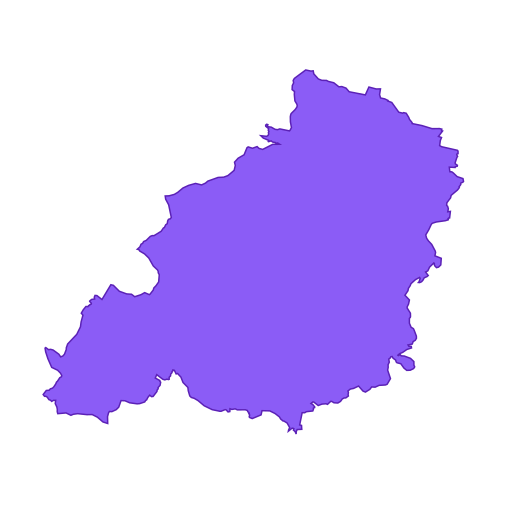 outline of Balan, Salaj, Romania, rotated 11°
{"feature_id": "2599482B44755564495658", "entity_name": "Balan", "entity_type": "district", "adm_level": 2, "iso_a3": "ROU", "parent_name": "Romania", "parent_adm1": "Salaj", "projection": "albers", "projection_center": [23.294, 47.159], "detail": "fine", "context": "isolated", "style": "filled", "palette": "violet", "viewbox_px": 512, "rotation_deg": 11, "n_neighbors": 0, "source": "geoboundaries", "source_scale": "gbopen_adm2", "svg_char_len": 6073}
<svg xmlns="http://www.w3.org/2000/svg" viewBox="0 0 512 512"><g transform="rotate(11 256 256)"><path d="M409.2,356.9L411.4,350.7L407.0,342.9L407.0,340.1L406.4,337.5L407.1,334.8L406.0,331.9L407.1,330.7L407.6,329.2L408.8,328.7L410.1,330.2L412.9,331.5L413.8,333.2L414.8,333.9L418.7,334.1L422.6,337.8L425.8,339.5L429.2,338.7L432.0,336.6L432.8,335.2L432.8,334.2L431.9,333.2L431.1,329.5L427.2,327.0L420.7,325.9L417.6,326.3L416.3,325.2L414.7,326.6L414.2,326.3L415.7,324.4L418.3,322.7L421.9,319.0L426.2,316.6L425.7,315.1L423.3,315.5L422.2,314.3L426.2,312.6L426.6,310.0L428.4,308.4L429.2,306.2L428.7,304.0L425.5,298.8L424.4,297.3L421.8,296.3L419.4,292.7L418.5,288.0L419.2,286.7L419.2,285.8L418.5,282.7L414.3,278.2L414.1,277.0L414.9,274.2L415.0,269.9L409.7,266.1L411.8,261.1L411.8,258.6L413.0,255.8L413.4,253.6L417.1,248.7L420.7,245.8L421.4,246.7L421.0,250.1L420.5,251.0L421.7,250.9L423.4,249.7L424.5,247.9L425.3,245.3L427.8,243.6L428.8,242.3L425.5,239.4L427.5,237.8L428.5,233.8L431.9,228.9L432.5,229.3L432.6,230.3L433.4,231.6L435.4,233.0L437.3,232.1L439.1,229.5L438.3,222.9L431.6,221.7L431.6,218.2L430.9,216.8L426.3,211.1L422.3,208.2L420.1,206.0L418.6,202.9L420.6,197.2L422.0,191.6L422.7,190.3L426.5,188.2L435.2,185.2L437.8,183.8L437.8,183.4L437.3,183.5L437.4,182.7L437.8,182.0L438.8,181.7L438.3,175.1L435.8,176.0L435.8,172.9L434.6,170.6L433.5,170.0L433.2,167.3L435.9,161.8L436.0,159.2L441.1,152.9L442.2,150.9L442.5,149.6L442.2,149.2L443.4,146.8L443.1,146.2L443.3,145.1L444.9,144.2L445.5,143.2L444.4,140.5L438.3,139.7L433.8,136.8L432.1,136.0L430.3,136.3L429.8,135.1L428.8,131.9L434.6,131.1L434.6,130.3L436.4,129.5L436.4,128.5L434.1,127.5L433.7,126.5L434.4,120.8L434.9,119.9L433.7,118.2L433.8,117.5L434.8,117.0L434.3,114.5L433.5,113.8L417.4,113.3L415.2,112.6L414.9,107.5L415.5,104.3L412.3,103.8L415.3,97.7L414.2,97.6L414.2,96.0L411.8,95.9L404.5,97.4L394.0,96.3L384.0,96.2L383.8,95.3L380.6,92.6L379.5,90.8L376.2,87.2L373.5,87.1L372.7,87.8L368.7,87.6L360.0,79.4L355.8,78.7L355.9,78.1L352.4,77.2L348.1,77.1L346.5,74.0L346.3,68.2L342.1,69.1L334.6,68.6L332.6,77.0L316.1,77.0L312.3,74.0L307.9,73.3L305.1,74.1L299.3,71.1L293.7,70.8L291.7,70.2L287.1,71.0L283.4,70.3L278.0,66.2L276.8,63.3L274.7,64.0L269.3,63.9L260.6,73.4L259.7,74.5L259.0,76.6L259.9,78.9L259.1,81.7L259.7,85.8L262.4,87.2L262.8,90.2L264.6,96.3L267.1,99.1L267.8,100.6L267.7,102.1L266.5,104.8L263.3,109.5L263.1,110.8L263.1,112.7L264.2,117.8L266.3,123.2L265.4,126.2L265.0,126.8L255.1,126.7L253.0,127.9L250.5,128.0L246.4,126.6L243.1,126.8L242.4,126.1L242.6,124.8L241.4,124.6L240.5,125.7L240.8,126.8L244.1,128.6L244.0,130.2L244.9,131.3L244.6,132.5L245.2,133.8L244.8,135.4L243.6,136.5L237.8,137.0L240.7,138.9L246.4,140.1L246.2,141.3L246.5,141.4L248.9,140.1L250.6,141.0L253.4,140.9L254.2,141.5L255.7,140.9L257.9,141.8L251.1,143.2L242.2,150.1L238.4,149.8L236.2,148.4L232.0,150.9L227.5,150.4L226.5,151.4L225.0,158.9L219.8,163.4L217.0,168.0L218.4,171.1L218.2,176.1L213.1,182.4L209.2,184.8L203.8,186.1L194.4,191.7L192.5,194.1L189.0,196.6L182.8,196.3L176.4,199.5L171.3,203.2L167.0,208.5L164.1,211.1L159.2,213.5L155.4,214.4L156.5,217.5L160.5,222.4L165.5,234.3L164.8,235.8L163.1,236.7L162.6,238.3L162.7,241.2L161.4,242.6L160.6,245.6L159.8,246.1L158.2,249.8L152.0,255.5L150.2,255.8L148.5,256.9L145.3,261.6L142.9,263.3L142.3,265.2L140.9,266.4L140.3,269.2L138.2,272.0L139.8,272.1L140.9,273.3L146.2,275.2L151.1,278.4L157.1,285.4L162.0,288.5L163.1,290.1L163.2,291.1L164.6,292.8L165.4,300.0L163.6,304.1L161.8,306.9L161.6,309.1L159.3,313.6L158.7,314.3L153.7,313.2L150.5,315.9L144.7,319.1L141.1,317.3L136.3,317.9L128.6,316.7L121.6,312.0L119.0,311.9L113.1,328.1L107.4,325.2L105.5,325.4L105.1,327.3L105.8,329.0L102.9,330.0L101.3,332.0L101.4,332.4L103.4,333.8L103.4,334.7L102.1,335.6L102.0,336.3L101.1,336.6L100.7,337.8L98.7,338.0L96.7,341.7L95.4,345.5L97.4,347.1L96.9,354.1L97.2,359.0L95.0,367.1L87.9,378.3L87.3,382.3L87.6,384.0L86.7,389.0L85.4,391.1L83.5,392.3L81.2,390.0L74.8,387.0L72.2,386.8L70.2,387.5L67.1,386.0L66.5,386.7L67.8,390.2L71.3,396.5L76.7,404.3L83.1,406.0L86.4,408.3L88.1,410.3L88.1,411.6L86.6,412.9L85.0,416.8L84.2,417.9L83.9,419.6L82.5,423.0L81.4,424.6L79.5,425.6L78.6,427.2L75.8,428.0L73.5,432.6L75.2,434.1L76.5,433.8L78.0,434.4L80.1,436.5L81.9,436.8L83.2,437.7L84.6,436.4L86.9,435.9L87.1,439.2L89.3,442.2L90.2,444.4L90.6,446.8L91.5,448.6L99.5,446.3L104.7,447.7L106.9,446.2L111.0,444.8L120.2,444.0L125.5,442.9L131.1,444.5L137.4,448.1L142.4,448.7L140.9,442.0L141.2,438.0L141.8,436.6L144.2,436.3L148.1,433.5L150.1,430.6L151.1,423.7L155.0,423.1L160.0,424.2L167.5,423.8L170.0,423.1L174.6,420.5L175.2,418.9L176.1,418.1L176.8,415.5L178.2,412.9L180.3,414.0L181.8,413.5L184.6,407.9L184.5,406.5L185.3,405.0L185.0,403.8L186.5,401.3L186.5,398.1L185.4,397.2L185.4,396.6L180.4,395.0L181.2,391.4L188.0,394.8L190.1,395.0L192.1,393.9L193.7,394.0L194.3,393.6L193.9,391.6L195.0,390.0L194.8,388.2L195.8,386.5L195.6,385.3L196.2,384.9L196.2,383.7L197.7,383.8L200.1,387.0L201.4,386.3L205.4,389.2L208.5,394.1L214.2,398.0L215.2,401.2L217.7,406.0L219.5,407.2L222.5,407.5L226.7,409.0L233.7,412.9L242.3,415.2L250.1,415.3L251.3,415.1L255.0,412.7L256.0,412.7L258.3,414.4L260.0,413.7L259.6,410.9L261.6,411.2L264.8,410.0L267.0,410.6L274.8,409.0L277.0,409.3L277.7,410.5L278.7,410.9L279.3,411.7L279.0,412.0L280.1,413.3L280.0,415.0L280.4,415.7L283.3,416.3L291.3,411.0L291.4,406.7L299.0,405.4L304.8,407.0L309.7,409.5L311.3,411.3L314.0,412.8L314.9,412.7L318.4,414.0L321.8,418.0L321.2,420.4L321.2,421.8L324.1,418.3L325.0,418.0L326.1,418.3L325.9,419.7L327.9,420.9L329.4,423.1L329.0,420.8L329.5,418.5L334.0,417.4L333.0,413.6L331.1,413.5L331.2,401.0L333.8,400.5L335.2,399.2L341.3,397.3L341.6,395.8L341.4,394.3L342.5,393.6L342.4,392.9L340.0,390.9L338.1,390.3L339.5,388.5L340.5,388.3L345.6,390.9L349.0,388.8L352.9,387.7L354.5,388.0L357.1,384.4L358.2,384.3L360.5,385.2L364.4,384.7L366.7,382.6L368.0,379.8L369.7,378.5L371.2,378.2L373.4,375.8L372.8,374.2L372.8,372.5L372.0,371.0L374.0,368.6L377.0,367.4L381.5,364.1L386.8,368.2L389.4,368.7L393.2,365.2L394.5,362.5L398.0,362.0L401.5,359.5L407.7,357.9L409.2,356.9Z" fill="#8b5cf6" stroke="#5b21b6" stroke-width="1.5"/></g></svg>